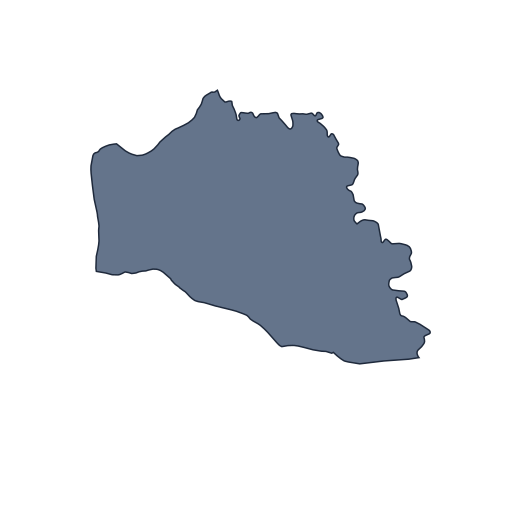 Mueang Chan, Si Sa Ket, Thailand (Equal Earth projection), rotated 144°
{"feature_id": "78962969B71866574458891", "entity_name": "Mueang Chan", "entity_type": "district", "adm_level": 2, "iso_a3": "THA", "parent_name": "Thailand", "parent_adm1": "Si Sa Ket", "projection": "equal_earth", "projection_center": [103.998, 15.191], "detail": "fine", "context": "isolated", "style": "filled", "palette": "slate", "viewbox_px": 512, "rotation_deg": 144, "n_neighbors": 0, "source": "geoboundaries", "source_scale": "gbopen_adm2", "svg_char_len": 6145}
<svg xmlns="http://www.w3.org/2000/svg" viewBox="0 0 512 512"><g transform="rotate(144 256 256)"><path d="M302.9,428.7L305.5,430.2L309.4,432.1L313.2,433.2L316.7,433.9L319.1,434.0L320.6,433.6L321.5,433.2L322.6,433.1L323.8,433.3L325.5,434.0L327.4,433.9L329.0,433.0L336.5,425.9L338.8,422.9L340.8,419.8L347.1,408.8L350.6,402.4L353.6,396.9L358.8,385.0L359.9,382.8L360.9,381.2L363.5,375.9L365.1,373.0L365.9,371.9L367.2,370.5L368.5,368.9L374.2,360.4L376.8,357.5L380.3,354.1L385.4,349.6L392.7,340.2L394.2,337.4L387.5,330.5L383.4,325.4L378.7,321.8L377.1,321.1L374.3,320.5L371.9,320.2L371.0,319.8L368.9,317.6L366.9,314.9L365.3,314.0L363.0,312.8L360.0,312.0L356.9,310.6L353.9,308.7L351.2,307.8L347.1,306.0L344.3,303.8L343.2,302.6L341.8,300.4L340.6,297.4L338.4,287.8L338.6,286.7L338.7,285.9L338.6,285.1L338.4,284.7L338.4,282.8L338.2,282.3L338.0,280.6L337.5,279.1L337.0,277.7L336.5,276.2L336.4,274.8L336.2,274.4L336.0,273.7L335.1,270.8L334.3,268.8L334.0,267.1L333.4,262.1L332.8,259.4L332.0,256.9L331.5,255.7L329.6,253.1L325.3,248.7L318.1,239.3L307.5,226.8L304.4,222.9L300.5,217.1L298.6,214.0L298.2,213.1L297.8,211.1L297.7,208.6L297.5,207.8L296.5,205.0L294.2,200.0L293.2,197.2L293.0,196.2L292.1,192.0L291.4,187.4L290.1,173.6L289.7,170.7L289.2,169.1L288.4,167.5L282.9,164.8L279.2,162.3L277.6,161.1L274.8,158.4L270.7,153.6L265.0,146.6L259.0,140.5L255.5,137.7L251.9,132.9L251.7,132.8L250.1,132.6L249.0,127.4L247.8,123.1L246.5,119.7L245.8,118.6L243.6,116.0L235.5,107.8L214.2,95.9L193.0,82.7L183.9,78.0L183.9,79.3L183.6,80.9L183.0,82.5L182.3,83.4L181.9,83.8L181.0,84.4L180.0,84.7L175.3,85.3L172.4,86.2L171.0,86.8L169.9,87.7L168.8,89.5L167.9,91.6L167.5,91.9L166.8,92.1L165.8,92.1L161.5,91.2L160.6,91.3L160.1,91.7L159.7,92.3L159.5,93.1L159.5,93.7L159.7,94.6L163.5,104.4L165.9,109.0L166.4,109.6L169.4,111.9L169.8,112.6L171.0,117.7L171.5,119.2L172.2,120.6L173.6,122.3L173.8,123.0L173.6,124.7L171.3,129.7L169.5,135.2L168.6,138.0L167.8,139.3L167.1,139.9L166.6,140.0L166.0,139.8L165.5,139.0L164.0,135.6L163.5,135.0L159.8,134.2L158.3,134.1L157.5,134.3L156.9,134.8L156.6,135.3L156.4,135.8L156.1,137.8L156.1,138.8L156.3,139.6L156.8,140.4L161.1,144.1L165.4,148.2L166.0,149.3L166.2,150.4L166.3,152.0L166.1,153.4L165.8,154.2L165.2,155.2L164.1,156.4L162.4,157.9L161.4,158.2L160.0,158.3L158.7,158.2L156.1,156.8L153.9,155.5L152.9,155.1L151.2,154.9L146.5,154.6L140.5,153.4L139.4,153.5L138.0,154.2L137.0,155.0L136.1,156.1L134.5,159.8L134.0,161.7L133.9,162.6L133.7,163.3L133.3,163.9L132.1,165.1L128.9,166.7L128.1,167.5L127.5,168.6L126.7,171.0L126.6,171.5L126.6,173.4L127.4,175.6L128.4,177.1L131.3,180.6L132.7,182.0L138.4,185.6L139.0,186.2L139.2,186.6L139.8,190.0L140.4,192.3L140.8,193.0L141.1,193.3L141.7,193.4L142.4,193.3L145.0,192.5L145.5,192.5L145.9,192.6L146.2,193.1L146.3,193.6L146.2,194.0L146.1,194.3L144.6,196.7L143.6,199.0L138.6,209.5L138.4,210.2L138.5,211.0L138.6,211.7L138.9,212.6L139.7,214.3L140.3,215.3L140.8,215.9L144.2,218.9L146.5,221.2L147.4,221.8L148.7,222.3L150.3,222.6L151.4,222.7L155.4,222.6L155.6,223.1L155.7,224.2L155.9,226.3L155.7,227.3L155.6,227.6L154.9,228.8L154.5,229.3L153.8,230.0L152.3,231.0L150.8,231.4L149.4,231.5L148.4,231.3L147.6,230.9L145.5,229.7L144.2,229.3L141.8,229.1L140.7,229.5L140.2,229.7L139.8,230.0L139.5,230.5L139.2,231.3L139.1,232.4L139.1,233.8L139.3,234.9L139.6,235.7L141.3,237.3L143.2,239.4L143.9,240.7L144.1,242.0L144.1,242.9L143.8,243.6L141.4,248.5L141.1,250.4L141.0,251.3L141.1,252.5L141.4,253.0L142.3,254.7L142.6,256.2L142.7,257.0L142.4,258.0L142.3,258.4L141.8,258.9L141.2,259.0L140.4,258.8L137.3,257.5L136.2,257.2L135.6,257.3L134.7,257.7L133.1,258.7L131.6,259.8L130.2,260.5L126.1,261.9L125.2,262.6L124.3,263.9L123.1,266.4L121.2,268.6L120.3,269.4L118.9,270.8L118.5,271.3L117.9,272.7L117.8,273.4L118.0,274.6L118.6,276.2L119.2,277.3L119.9,278.1L122.1,280.5L124.1,282.4L125.7,283.5L126.4,284.1L128.2,286.5L128.5,287.1L128.8,288.0L128.7,289.8L128.4,291.8L127.8,294.3L127.4,295.5L127.2,295.9L126.6,296.4L123.7,297.6L123.3,298.1L123.0,299.0L122.6,303.5L121.9,308.6L122.1,309.3L122.2,309.6L122.8,310.3L123.2,310.5L123.8,310.5L125.5,309.8L126.7,309.5L127.3,309.6L127.6,310.0L127.6,311.1L127.5,311.5L127.1,312.2L125.6,314.4L125.2,315.2L124.9,316.0L124.8,316.9L124.9,319.7L125.2,321.6L126.1,325.4L127.2,328.2L127.2,328.9L127.0,329.3L126.7,329.8L126.3,329.9L125.7,329.9L121.8,328.5L121.2,328.5L120.6,328.6L120.2,328.9L120.0,329.4L119.7,330.6L119.7,332.3L119.8,333.2L120.3,334.5L120.5,334.9L121.2,335.5L121.6,335.7L122.2,335.9L122.9,335.7L124.9,334.6L125.5,334.5L125.8,334.7L126.1,335.0L126.3,335.5L126.6,337.9L126.7,338.3L127.1,338.9L127.5,339.2L131.6,340.8L132.4,341.4L134.5,343.5L137.4,345.4L139.6,347.3L141.5,349.1L143.1,350.0L143.6,350.2L144.0,350.1L144.3,350.0L144.8,349.6L145.0,349.2L146.7,344.2L147.3,342.9L148.2,341.5L149.4,339.9L150.1,339.3L150.9,338.9L152.0,338.4L152.8,338.4L153.5,338.5L153.9,338.8L154.4,339.5L154.6,340.1L154.9,341.3L155.1,345.0L155.6,350.4L156.1,354.0L156.0,354.6L154.9,358.3L154.8,358.9L155.0,359.6L155.8,360.7L156.3,361.0L158.1,361.9L162.1,363.7L168.4,368.1L168.9,368.3L170.0,368.3L172.0,367.8L173.6,367.6L174.1,367.6L174.5,367.8L175.0,368.6L175.3,369.3L175.3,369.8L175.3,370.8L174.8,373.2L174.8,373.8L175.2,374.7L175.6,375.2L175.9,375.4L176.7,375.7L178.1,375.9L178.6,376.1L180.7,378.0L182.1,379.4L183.7,380.8L184.4,380.9L185.3,380.6L186.3,380.2L187.2,379.7L187.4,379.4L187.6,378.9L187.9,378.0L188.1,376.6L188.4,376.3L189.0,376.0L189.6,375.8L190.2,375.9L190.8,376.2L191.2,377.0L191.1,377.9L189.0,382.1L188.4,383.9L187.4,387.6L186.7,391.5L186.4,392.2L184.9,395.0L184.8,395.3L185.0,395.7L185.9,396.6L187.3,397.4L189.5,398.1L190.6,398.8L190.8,399.5L191.6,403.7L191.6,405.6L191.3,407.4L190.2,411.1L189.8,412.8L193.0,412.9L193.6,413.2L194.9,414.0L195.1,414.5L196.4,414.9L197.4,414.9L201.4,415.3L203.6,415.3L205.6,414.8L206.5,414.4L208.5,412.8L211.0,411.0L214.1,409.7L217.5,408.7L220.5,406.4L224.3,404.3L227.8,403.7L232.4,403.5L237.7,404.2L244.0,405.4L245.5,405.8L247.0,406.1L250.6,406.2L255.0,405.6L259.1,405.5L266.7,404.7L269.9,403.7L275.6,402.6L278.9,402.5L282.6,402.9L285.5,403.4L288.7,404.4L293.4,407.2L296.5,411.2L298.1,413.8L299.9,417.8L302.9,428.7Z" fill="#64748b" stroke="#1e293b" stroke-width="1.5"/></g></svg>